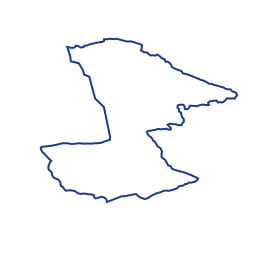 the district of Abaíra, Bahia, Brazil, rotated 293°
{"feature_id": "56859067B19610655548687", "entity_name": "Abaíra", "entity_type": "district", "adm_level": 2, "iso_a3": "BRA", "parent_name": "Brazil", "parent_adm1": "Bahia", "projection": "equal_earth", "projection_center": [-41.741, -13.298], "detail": "fine", "context": "isolated", "style": "outline", "palette": "blue", "viewbox_px": 256, "rotation_deg": 293, "n_neighbors": 0, "source": "geoboundaries", "source_scale": "gbopen_adm2", "svg_char_len": 3378}
<svg xmlns="http://www.w3.org/2000/svg" viewBox="0 0 256 256"><g transform="rotate(293 128 128)"><path d="M202.7,213.5L202.5,209.4L203.6,207.4L202.8,205.3L202.2,202.5L202.6,200.6L202.4,198.4L202.0,195.4L201.6,192.2L201.2,189.8L201.3,187.6L200.4,185.4L201.0,181.8L201.1,178.8L200.7,176.4L200.9,174.1L200.8,171.6L200.7,169.0L200.8,166.2L200.6,163.6L200.5,161.0L199.7,157.3L201.3,155.0L201.0,151.8L201.0,148.0L201.1,144.9L202.8,143.2L204.1,140.8L204.6,138.7L203.7,136.5L205.7,134.7L205.3,132.5L206.5,129.1L207.0,126.4L205.2,124.7L204.7,122.4L203.6,120.4L204.1,118.1L204.9,115.7L204.0,113.0L204.6,109.7L207.2,109.3L209.7,108.6L210.0,106.0L209.4,102.9L209.4,100.1L208.9,96.9L207.7,94.3L206.9,91.9L206.6,88.8L206.1,85.5L205.5,82.2L204.3,80.2L203.3,77.3L202.3,75.0L201.1,73.5L200.4,71.3L198.5,71.9L197.0,70.4L195.4,67.7L194.4,66.0L193.0,64.2L191.6,62.2L190.1,60.2L187.9,57.9L186.6,55.6L185.1,55.5L183.7,53.3L183.9,50.4L183.4,47.8L181.8,47.8L180.5,46.4L179.4,43.7L178.9,40.4L171.8,46.5L169.2,48.2L167.0,49.2L168.4,57.4L164.4,62.8L163.3,64.3L160.0,66.7L160.1,72.3L142.3,86.2L139.5,93.5L137.8,97.7L112.8,115.0L110.2,116.0L107.7,113.2L105.9,111.1L104.4,109.7L103.3,108.1L102.2,106.1L100.7,103.0L99.4,100.5L98.4,98.1L97.5,95.8L96.6,94.3L95.8,91.9L95.1,89.8L94.3,87.8L92.9,85.6L91.8,83.5L91.0,81.6L90.5,78.7L89.6,76.6L88.7,74.5L87.6,72.6L86.2,70.8L84.8,68.9L83.3,66.8L81.9,64.6L80.6,62.5L79.0,59.8L77.6,57.0L76.0,55.3L73.9,56.6L72.4,58.7L71.5,61.2L70.5,63.5L69.7,65.3L68.8,67.4L67.7,70.2L65.8,69.5L64.0,69.7L61.8,69.7L59.8,70.4L58.5,71.7L58.0,73.8L56.5,75.8L54.9,76.5L53.6,78.3L53.2,80.7L53.2,82.7L53.0,84.7L51.8,86.7L50.4,87.7L48.5,88.7L48.2,91.2L46.9,93.0L46.0,95.2L47.1,97.2L48.0,98.9L48.7,101.5L49.2,104.0L48.3,107.2L48.9,110.4L50.3,112.7L51.1,115.2L51.6,117.8L52.6,120.3L52.7,123.2L51.0,123.9L50.5,125.8L52.3,128.0L54.3,130.5L54.7,133.4L53.8,136.0L51.6,137.5L63.0,149.2L63.8,151.5L64.9,153.1L66.4,155.2L67.9,157.3L69.2,159.3L70.3,161.4L69.2,164.4L68.8,167.3L69.3,171.4L71.2,173.8L73.3,175.1L74.7,176.0L76.1,177.1L77.8,178.6L79.1,179.9L80.4,181.5L81.5,182.9L83.2,184.5L84.8,186.3L85.7,188.7L86.4,190.6L87.5,191.9L88.5,193.3L89.8,194.7L91.3,196.5L92.9,197.2L94.5,197.9L95.6,199.9L97.0,201.6L98.6,202.3L99.4,204.0L101.5,205.3L102.4,207.6L104.4,210.2L106.6,212.0L108.9,212.2L109.2,209.3L109.2,207.0L109.4,204.6L109.2,202.3L109.2,199.2L108.9,195.5L108.4,192.8L108.1,190.3L107.7,187.1L107.8,184.2L109.4,182.4L109.5,179.2L110.6,177.9L111.7,176.7L113.2,174.6L113.7,172.0L114.5,170.3L117.2,169.0L119.8,168.4L122.0,166.0L122.6,162.5L124.3,160.2L125.8,158.2L126.1,156.0L127.3,154.9L128.5,152.9L129.0,150.5L130.1,148.3L131.9,147.0L133.3,147.8L134.6,150.4L135.8,151.9L137.1,154.1L138.9,155.9L139.6,158.7L141.1,161.4L142.3,163.6L142.3,165.6L143.2,167.9L144.8,167.4L145.6,165.2L146.4,163.3L148.2,164.6L149.6,169.1L150.3,171.9L150.6,174.1L151.6,176.2L153.8,176.1L155.6,177.0L158.2,175.6L159.3,173.3L160.8,172.2L162.9,170.9L163.1,168.4L165.2,167.6L166.3,165.4L168.3,165.0L169.9,167.0L171.0,169.9L169.8,171.8L167.7,172.8L168.3,175.2L170.4,176.3L172.7,176.3L173.5,178.4L174.3,180.8L175.0,183.0L176.8,184.8L178.2,186.5L179.2,188.9L179.7,191.0L180.8,193.5L182.5,191.9L184.7,193.1L185.6,194.9L186.9,196.7L187.8,198.9L186.7,200.6L187.6,202.5L188.4,204.9L190.7,206.5L194.1,207.6L195.1,210.9L196.3,212.9L196.8,214.9L198.4,214.9L200.8,215.6L202.7,213.5Z" fill="none" stroke="#1e3a8a" stroke-width="2"/></g></svg>